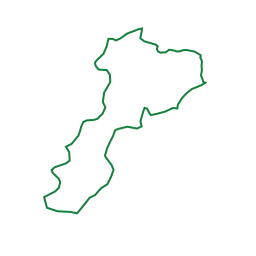 outline of Gostivar, rotated 286°
{"feature_id": "MKD-2962", "entity_name": "Gostivar", "entity_type": "Statistical Region", "adm_level": 1, "iso_a3": "MKD", "parent_name": "North Macedonia", "parent_adm1": "", "projection": "albers", "projection_center": [20.862, 41.749], "detail": "fine", "context": "isolated", "style": "outline", "palette": "green", "viewbox_px": 256, "rotation_deg": 286, "n_neighbors": 0, "source": "natural_earth", "source_scale": "10m", "svg_char_len": 1449}
<svg xmlns="http://www.w3.org/2000/svg" viewBox="0 0 256 256"><g transform="rotate(286 128 128)"><path d="M32.0,102.6L31.4,95.6L28.5,83.1L28.7,80.4L29.0,72.1L38.4,66.4L47.0,75.5L51.4,78.0L57.4,77.7L60.2,75.4L64.2,67.8L66.6,66.2L70.1,68.4L77.0,78.3L80.6,80.9L88.5,78.2L92.8,73.5L97.4,78.3L105.2,81.6L106.7,82.4L111.4,82.7L116.6,82.7L121.5,83.4L124.0,86.4L126.2,92.7L128.4,96.0L134.8,99.6L141.5,100.6L146.0,96.7L155.3,95.3L167.2,98.3L174.1,96.0L177.8,91.7L177.1,88.4L176.1,83.7L177.8,81.1L179.3,79.4L181.9,78.3L184.7,79.4L192.6,84.0L200.5,85.0L206.2,84.7L208.4,84.7L209.4,88.6L208.9,92.3L211.9,95.9L218.6,101.2L222.5,106.5L225.8,110.8L227.5,114.0L225.4,114.4L217.7,115.1L215.8,119.8L215.8,127.1L215.8,132.0L214.8,134.0L211.8,134.0L209.9,135.7L209.4,138.3L211.1,143.3L214.6,146.0L215.1,150.3L215.1,154.2L216.1,156.9L217.8,159.2L219.1,162.5L219.8,171.1L217.9,178.3L217.9,178.1L215.6,178.1L212.4,180.8L208.5,181.4L203.8,183.1L198.6,183.7L195.1,186.4L193.1,187.7L192.8,189.8L189.4,186.7L186.7,183.4L183.2,178.8L177.8,174.8L172.1,171.9L164.4,169.5L160.3,170.0L159.6,165.6L154.1,159.3L149.4,151.6L146.7,146.3L148.7,144.0L151.9,141.0L151.9,138.4L148.2,138.1L142.2,138.1L137.8,138.1L133.3,140.7L129.9,136.7L129.1,127.1L124.4,118.8L122.2,116.2L116.5,115.9L109.4,114.5L102.5,113.5L94.8,113.5L91.4,117.8L87.9,122.4L83.7,125.7L76.0,125.1L68.3,123.7L62.7,118.7L54.3,114.7L50.5,110.4L42.9,107.3L32.0,102.6Z" fill="none" stroke="#15803d" stroke-width="2"/></g></svg>